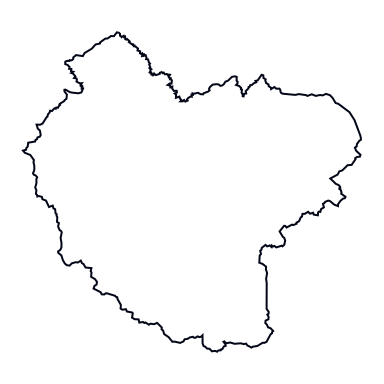 Kaeng Krachan, Phetchaburi, Thailand
{"feature_id": "78962969B83426526195600", "entity_name": "Kaeng Krachan", "entity_type": "district", "adm_level": 2, "iso_a3": "THA", "parent_name": "Thailand", "parent_adm1": "Phetchaburi", "projection": "orthographic", "projection_center": [99.487, 12.853], "detail": "fine", "context": "isolated", "style": "outline", "palette": "ink", "viewbox_px": 384, "rotation_deg": 0, "n_neighbors": 0, "source": "geoboundaries", "source_scale": "gbopen_adm2", "svg_char_len": 5771}
<svg xmlns="http://www.w3.org/2000/svg" viewBox="0 0 384 384"><path d="M330.0,95.2L326.0,93.9L322.6,95.4L320.0,95.0L315.8,95.9L311.8,94.3L307.4,95.9L305.9,95.1L298.9,94.1L295.3,94.9L282.6,93.7L280.8,92.6L280.1,89.4L279.3,88.6L276.2,88.7L274.4,87.0L271.1,89.1L271.0,87.7L268.7,86.2L268.5,84.4L266.1,83.1L265.3,80.5L265.7,79.4L263.5,78.0L263.3,75.3L261.6,74.8L257.7,80.4L255.5,80.9L256.2,82.3L254.1,83.1L251.6,85.1L250.3,85.1L249.6,86.8L248.6,87.0L248.4,88.5L245.7,91.1L246.2,93.5L244.1,93.8L243.6,96.4L242.7,96.2L242.8,95.0L241.6,92.6L242.0,89.6L240.9,89.3L241.0,87.7L238.9,85.9L236.1,85.0L237.3,83.7L237.7,81.9L236.6,80.7L236.7,76.9L234.9,76.3L231.9,76.9L228.1,80.6L225.4,81.7L223.6,84.5L222.0,85.5L220.4,85.9L218.6,84.4L216.9,84.2L212.7,84.6L209.8,87.2L209.0,89.0L209.6,90.4L208.1,91.6L203.7,93.2L203.2,94.3L200.6,94.2L198.0,92.8L193.7,93.8L192.7,93.4L192.9,94.8L191.6,94.6L191.8,96.7L190.6,96.5L188.2,98.0L187.0,99.4L187.6,100.6L185.3,101.6L184.1,100.0L182.8,101.3L180.5,101.3L181.5,100.2L179.8,98.2L179.4,96.6L175.9,97.8L176.1,94.7L174.7,93.5L176.9,92.5L176.7,90.8L173.9,90.9L172.2,88.6L172.3,86.6L170.4,87.4L170.1,85.6L167.7,85.0L169.8,83.4L171.5,83.6L171.9,80.4L171.1,79.4L170.1,79.3L170.6,78.2L169.4,78.0L168.6,76.8L170.0,74.8L169.0,74.5L168.0,75.3L166.9,74.0L164.9,74.3L163.7,72.6L162.7,73.2L161.7,72.1L159.8,72.8L159.7,73.9L155.8,75.1L154.7,74.1L153.5,75.0L153.5,73.8L152.2,74.8L151.4,74.6L151.5,72.9L150.9,72.1L150.1,72.8L149.6,72.5L150.5,71.0L150.3,69.7L151.2,69.2L149.5,68.0L150.3,67.3L149.2,64.4L150.0,63.6L148.8,62.2L148.1,59.4L146.1,59.1L146.5,57.8L145.7,55.2L144.3,54.7L143.9,55.9L142.3,56.1L143.2,54.3L142.1,54.5L142.1,53.3L140.9,53.8L139.9,53.3L140.1,51.2L137.5,50.5L138.0,48.6L135.5,46.5L134.0,46.3L134.3,45.4L132.9,45.1L133.0,44.3L131.5,44.0L128.9,42.1L129.6,41.3L127.1,39.0L126.2,39.6L125.3,39.2L125.1,36.6L124.1,37.1L123.7,35.8L121.6,37.1L121.4,36.4L120.0,35.7L120.0,33.8L118.9,32.8L116.9,32.3L113.9,36.2L111.1,36.0L107.5,38.5L105.3,38.6L100.1,42.4L100.0,43.5L95.5,44.5L91.9,48.6L84.6,53.0L82.8,56.1L76.1,55.1L73.3,57.4L73.2,59.0L72.2,60.0L70.8,60.5L69.6,60.1L69.1,61.0L67.1,60.8L65.3,61.7L65.2,64.0L67.8,65.1L69.6,67.1L69.1,68.8L71.3,69.0L71.0,71.1L73.2,71.8L71.4,73.0L72.8,73.4L75.4,76.3L74.1,78.0L76.5,78.4L76.9,79.9L76.5,81.6L79.8,83.3L81.8,83.2L80.6,84.7L80.5,85.8L81.2,86.5L81.8,85.6L82.4,86.1L81.7,88.6L82.6,88.6L83.5,87.5L81.4,92.4L78.5,93.3L72.8,92.7L70.0,92.2L65.4,89.6L64.4,89.8L64.5,91.5L66.9,94.6L66.5,98.7L64.6,100.1L64.3,101.0L59.8,103.8L59.4,104.4L60.0,105.1L58.3,106.7L58.1,107.7L56.3,107.6L55.8,108.7L55.2,108.2L54.2,108.5L52.0,111.0L50.1,110.7L49.6,112.5L48.0,114.3L47.4,116.7L46.7,117.0L42.6,123.5L40.2,124.7L36.6,124.6L37.8,128.7L39.9,130.5L40.7,135.1L39.8,136.7L37.5,137.4L37.0,139.2L35.6,139.8L35.1,141.5L28.2,142.7L27.7,146.5L26.3,148.1L26.1,149.7L23.0,150.6L24.9,152.8L30.3,155.0L33.9,160.0L33.5,162.3L34.3,165.8L34.3,170.0L33.0,173.4L33.8,174.7L35.4,175.3L37.2,177.2L36.4,179.0L36.4,183.5L35.2,187.4L36.4,190.4L35.9,193.8L37.1,195.1L37.3,196.5L38.8,196.0L41.9,196.9L42.4,199.2L46.0,200.6L49.0,207.0L52.7,205.6L53.5,208.5L55.1,209.2L55.6,213.4L56.7,214.2L56.5,215.7L57.3,217.1L57.0,221.9L58.9,223.1L58.1,226.5L59.6,230.1L61.3,231.2L61.7,232.7L60.6,237.9L61.5,243.0L61.4,247.5L60.3,249.9L58.1,251.4L58.2,252.8L61.4,255.4L62.8,260.0L64.8,263.5L66.8,265.2L69.6,265.6L71.9,263.3L75.7,262.2L77.9,262.5L80.8,260.6L81.9,263.1L83.6,264.1L85.5,267.5L91.4,268.1L90.7,271.2L91.5,272.4L91.1,276.8L95.0,279.1L97.0,281.9L96.5,284.6L94.4,286.0L93.6,288.6L100.6,292.2L101.7,294.3L104.2,294.5L105.7,293.3L106.9,293.3L115.1,295.8L115.8,296.8L117.2,297.2L117.5,299.0L120.9,305.0L120.6,308.6L122.3,309.7L125.9,309.2L126.9,311.5L132.2,312.5L132.8,313.3L132.0,317.6L134.6,319.2L138.6,319.4L139.3,322.6L143.1,322.0L144.3,323.0L145.5,322.5L148.9,324.7L150.5,323.7L154.1,324.2L157.1,322.9L161.8,327.5L161.6,329.3L163.1,330.6L164.2,334.1L168.6,337.1L172.4,341.8L174.5,341.6L180.2,342.9L183.5,341.4L184.6,339.3L187.7,338.8L189.9,337.4L193.0,336.8L193.9,337.7L195.3,337.8L197.6,336.4L199.5,337.1L201.1,336.7L202.5,335.3L202.6,343.5L203.6,346.1L205.3,346.7L207.1,348.6L209.6,348.8L211.9,351.3L215.1,350.9L217.1,351.7L218.2,350.5L220.7,350.3L220.8,349.5L222.4,349.1L223.8,346.5L225.7,345.8L225.3,344.1L223.5,341.8L224.3,341.4L226.2,343.3L230.2,342.5L234.6,343.8L240.6,343.3L243.8,344.1L246.1,343.6L247.3,345.4L251.6,347.6L252.8,346.7L257.3,346.0L262.8,342.7L264.2,342.9L266.5,341.9L270.6,334.3L272.0,333.3L272.1,332.1L273.2,331.0L270.5,328.2L268.0,327.3L266.9,324.6L265.3,323.0L265.6,320.6L268.4,319.3L268.6,316.7L267.3,314.6L268.5,313.8L268.7,311.9L266.6,308.9L266.7,283.0L266.1,278.9L267.1,273.1L265.9,269.3L266.1,266.7L262.5,263.9L259.3,262.7L259.7,255.6L261.0,254.0L260.2,250.8L261.4,249.8L261.8,247.8L265.6,244.9L267.2,246.4L269.6,245.5L271.5,247.0L271.7,245.5L273.0,246.5L274.6,246.0L276.3,247.4L281.7,245.7L282.6,246.3L284.3,244.7L285.2,240.5L284.2,237.8L282.8,236.8L279.6,231.4L284.1,225.8L285.2,225.9L286.6,227.5L292.0,224.6L293.2,225.1L296.6,223.7L296.5,222.6L299.1,221.2L300.7,217.5L302.0,216.5L302.5,213.9L304.6,213.9L308.1,211.8L310.1,213.7L313.1,212.7L313.7,214.6L317.9,215.3L318.1,212.4L318.9,211.6L320.3,211.9L321.1,209.1L323.9,207.4L323.0,203.8L324.4,203.0L325.2,201.8L328.2,200.6L329.9,201.0L334.4,204.7L338.0,206.1L338.1,204.1L340.4,200.9L343.1,198.6L344.9,198.2L345.5,196.8L341.2,193.7L341.5,192.3L340.8,190.1L339.4,189.1L339.4,188.1L340.3,187.9L340.0,186.5L338.5,185.0L335.9,183.9L330.3,178.5L337.7,174.5L339.3,171.4L342.3,170.4L347.6,165.2L351.6,164.9L355.5,159.2L355.2,158.2L356.9,157.0L359.9,156.6L360.5,154.8L356.1,150.7L354.9,147.6L356.7,146.4L356.9,144.1L359.4,140.7L360.7,140.0L361.0,139.0L360.4,135.8L354.5,120.1L349.5,112.2L338.3,103.8L335.6,103.0L332.8,98.2L330.0,95.2Z" fill="none" stroke="#020617" stroke-width="2"/></svg>